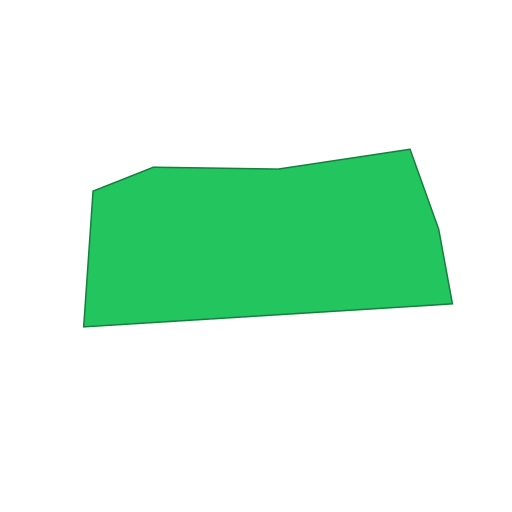 outline of Luxor, rotated 243°
{"feature_id": "EGY-5494", "entity_name": "Luxor", "entity_type": "Governorate", "adm_level": 1, "iso_a3": "EGY", "parent_name": "Egypt", "parent_adm1": "", "projection": "equal_earth", "projection_center": [32.651, 25.707], "detail": "fine", "context": "isolated", "style": "filled", "palette": "green", "viewbox_px": 512, "rotation_deg": 243, "n_neighbors": 0, "source": "natural_earth", "source_scale": "10m", "svg_char_len": 265}
<svg xmlns="http://www.w3.org/2000/svg" viewBox="0 0 512 512"><g transform="rotate(243 256 256)"><path d="M271.1,70.3L387.8,140.3L381.7,204.9L323.4,315.2L281.2,441.7L196.8,430.9L124.2,409.3L271.1,70.3Z" fill="#22c55e" stroke="#15803d" stroke-width="1.5"/></g></svg>